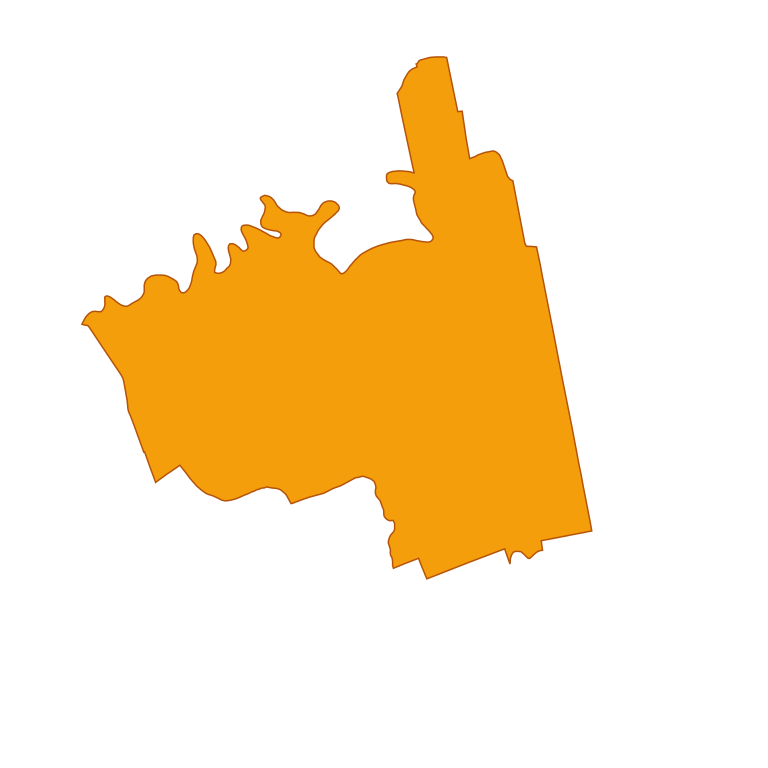 the district of Andrasesti, Ialomita, Romania, rotated 144°
{"feature_id": "2599482B59436484674817", "entity_name": "Andrasesti", "entity_type": "district", "adm_level": 2, "iso_a3": "ROU", "parent_name": "Romania", "parent_adm1": "Ialomita", "projection": "orthographic", "projection_center": [27.141, 44.59], "detail": "fine", "context": "isolated", "style": "filled", "palette": "amber", "viewbox_px": 768, "rotation_deg": 144, "n_neighbors": 0, "source": "geoboundaries", "source_scale": "gbopen_adm2", "svg_char_len": 6171}
<svg xmlns="http://www.w3.org/2000/svg" viewBox="0 0 768 768"><g transform="rotate(144 384 384)"><path d="M593.3,609.9L592.4,608.7L592.1,608.3L590.8,607.0L589.4,605.5L589.3,605.1L589.1,603.9L589.2,601.4L589.6,591.1L589.7,588.4L590.0,581.1L590.2,576.0L590.9,558.1L591.2,548.8L591.3,546.9L591.5,544.5L591.6,543.7L591.9,542.4L592.0,541.6L592.6,540.3L593.6,537.9L595.6,533.7L597.7,529.4L599.7,525.4L600.4,523.8L601.8,521.1L604.9,515.9L605.8,514.3L606.2,513.5L606.8,512.0L608.4,505.1L609.9,499.6L614.6,483.2L618.4,470.0L617.6,469.8L618.8,465.6L622.1,454.6L626.6,438.6L621.2,438.7L612.8,438.7L596.9,438.2L596.4,426.7L596.4,421.3L595.5,411.6L594.0,405.2L592.3,400.1L590.6,397.4L588.1,394.0L586.5,391.2L583.6,385.6L581.8,383.4L580.3,382.2L578.7,381.3L576.0,380.0L572.0,378.4L568.3,377.4L562.4,376.2L558.3,375.1L555.0,374.6L551.9,373.6L549.3,373.3L546.9,372.3L544.4,371.8L541.7,370.2L539.5,369.7L538.1,368.2L535.5,365.5L532.5,362.9L530.9,360.9L529.8,359.0L529.1,356.3L528.4,353.4L528.3,351.2L529.5,341.9L528.8,341.5L528.0,341.2L520.1,339.1L511.1,336.4L496.9,331.0L486.5,329.4L478.7,327.1L462.1,324.9L460.6,324.0L455.4,321.9L453.5,319.5L450.6,315.2L450.2,314.1L449.3,311.0L450.1,307.6L451.5,304.8L453.4,303.1L455.2,300.6L455.7,299.2L456.1,297.6L455.7,291.9L457.6,285.4L458.1,283.0L459.1,281.0L460.4,279.3L461.6,276.9L461.6,274.2L460.9,271.9L459.9,270.3L458.9,269.4L458.0,269.1L456.8,268.2L457.4,264.9L460.9,260.1L463.0,258.9L467.6,257.8L470.0,256.5L472.4,254.7L473.9,252.9L475.7,247.5L476.4,245.9L478.2,243.7L479.2,241.8L479.9,238.0L481.6,235.0L483.6,232.3L484.7,229.4L473.6,226.7L458.9,222.8L458.5,222.7L460.3,215.9L463.9,201.2L419.4,189.6L384.6,180.1L383.3,179.7L387.9,164.3L384.2,168.6L381.2,170.8L378.3,171.9L376.3,171.4L374.3,170.1L371.8,167.9L370.8,163.9L370.1,159.1L369.6,158.0L368.6,157.2L362.5,158.0L359.2,158.2L356.8,157.8L354.9,157.1L353.5,156.3L348.9,164.8L302.3,143.0L298.7,150.3L287.4,174.6L282.7,184.7L278.2,194.0L273.0,205.5L266.8,218.5L256.7,239.9L248.0,258.8L235.2,286.6L230.6,296.3L229.0,299.9L218.1,323.0L192.3,378.6L187.6,388.4L180.6,404.0L180.0,405.2L183.6,408.4L186.3,410.5L187.8,411.6L187.5,414.3L187.1,415.6L160.3,472.7L161.7,475.3L162.0,479.3L157.1,494.9L155.9,501.6L156.8,505.5L158.0,507.7L159.9,509.1L161.7,509.8L166.2,512.0L173.2,514.1L176.8,514.5L182.2,516.0L173.2,534.4L160.4,558.8L164.2,561.0L157.4,576.1L141.4,611.3L143.7,613.7L149.7,618.0L151.4,619.1L155.3,621.4L165.2,625.0L169.0,623.7L169.9,624.0L170.8,621.1L176.6,622.3L180.0,622.1L182.7,621.2L189.2,618.3L194.3,614.5L202.7,611.2L203.7,608.5L210.2,594.3L233.5,541.9L234.6,539.1L235.6,537.1L238.6,540.8L244.0,545.6L246.7,547.7L252.3,551.0L255.8,552.1L257.9,552.2L259.7,550.9L260.8,549.3L261.6,548.0L262.4,546.5L262.3,544.5L262.0,543.5L260.9,542.2L259.7,541.3L257.3,539.8L255.3,538.1L253.1,535.8L250.6,532.7L249.5,531.5L247.8,529.1L247.0,527.7L246.3,526.3L245.6,523.9L245.5,522.1L245.8,520.8L247.4,519.8L248.8,519.2L250.4,517.7L251.7,516.1L253.3,512.5L255.8,506.3L257.0,503.7L257.9,501.4L258.3,497.9L258.4,495.3L259.0,492.5L257.6,481.8L257.3,477.3L257.6,475.0L258.2,473.4L259.4,472.6L261.0,472.0L262.7,471.9L265.1,472.9L267.8,475.3L270.0,477.4L272.2,479.6L276.7,484.7L280.1,487.2L281.9,488.3L284.7,489.4L294.6,494.3L296.7,495.2L301.2,496.9L303.2,497.7L308.0,499.3L314.4,500.9L319.6,501.7L325.5,502.3L328.3,502.2L331.1,501.7L333.7,501.4L341.8,499.5L344.8,498.5L347.9,497.6L350.4,497.4L351.8,497.4L353.2,497.9L354.0,498.7L354.2,499.8L354.7,505.1L355.9,511.9L357.0,514.6L358.5,517.3L360.4,521.7L361.3,524.7L361.3,527.0L361.4,528.6L361.3,530.3L361.4,531.7L361.0,533.6L360.5,535.0L360.2,535.9L359.6,536.9L358.6,538.0L357.9,539.2L355.2,542.4L353.4,543.7L349.3,545.7L346.7,547.1L340.3,548.9L337.2,549.4L333.6,549.6L330.7,549.7L324.3,550.2L319.2,551.1L317.9,551.7L316.7,552.6L316.0,554.3L316.0,556.2L316.4,558.7L317.0,560.5L319.1,563.1L320.9,564.4L322.8,565.4L325.3,566.1L327.6,566.1L330.2,565.5L333.8,563.7L339.7,561.8L343.3,562.4L345.2,563.5L346.5,564.7L347.7,566.3L348.6,568.4L350.4,570.7L351.5,572.4L356.4,576.2L358.6,577.5L360.7,579.2L362.1,580.9L363.6,583.5L364.5,585.4L365.0,587.9L365.5,589.7L365.6,592.1L365.3,594.4L365.2,598.1L365.7,601.0L366.4,602.8L368.1,605.1L369.6,606.7L372.5,607.4L374.1,607.5L375.1,606.8L375.4,605.3L375.2,598.7L376.2,596.6L379.6,593.4L381.4,592.2L383.7,591.1L386.9,589.2L387.8,588.5L389.4,586.0L390.0,584.4L390.0,582.1L389.0,579.9L386.6,576.6L383.4,573.1L381.3,571.3L380.1,569.6L379.2,567.8L379.0,565.9L380.4,564.6L382.5,564.0L384.1,564.4L386.0,566.6L387.7,569.2L389.0,571.1L390.3,574.2L394.2,582.4L395.7,585.2L399.0,590.3L400.3,592.1L401.9,593.5L404.3,594.9L405.6,595.2L406.7,594.9L407.7,594.2L408.5,593.3L409.3,592.0L409.8,589.9L410.1,588.1L410.3,586.6L411.0,581.8L412.0,578.3L413.0,575.9L413.5,574.6L414.6,573.6L416.5,573.3L418.4,573.5L419.4,574.0L420.3,574.9L420.7,576.6L421.1,579.7L422.1,583.0L423.0,585.0L424.1,586.6L426.3,588.0L428.5,587.2L429.8,585.9L430.9,584.2L431.7,582.5L433.9,576.6L434.6,575.0L436.0,573.3L437.6,571.6L439.2,570.6L440.9,570.1L442.8,570.0L445.6,569.3L447.4,569.2L449.2,569.4L450.8,569.8L453.0,570.9L454.6,572.5L455.3,573.9L454.7,575.0L453.1,576.7L449.7,579.4L448.0,582.2L445.7,592.2L444.7,597.1L444.3,602.5L444.1,607.1L444.6,611.5L445.6,614.2L447.7,616.1L450.1,616.3L452.1,614.7L454.9,611.0L456.5,608.1L458.1,604.4L460.2,597.3L461.9,594.4L464.0,591.8L471.6,587.1L476.0,583.4L478.8,580.6L480.9,578.9L484.6,576.5L486.7,575.7L489.1,575.2L491.5,575.1L493.0,575.8L494.3,577.3L494.4,579.8L493.9,582.0L492.7,583.9L491.8,586.5L491.6,588.9L492.5,591.8L494.6,596.3L495.9,598.6L497.9,601.2L502.0,604.4L504.1,605.9L506.8,607.3L509.0,608.2L512.4,608.4L514.6,608.2L516.9,607.3L519.6,605.2L521.2,603.1L522.8,600.8L524.1,599.2L526.2,597.9L527.4,597.4L529.8,596.6L532.4,596.4L534.2,596.5L536.6,596.8L539.4,597.2L541.7,597.4L544.3,597.5L545.5,597.8L547.0,598.4L548.1,599.4L549.4,601.2L550.5,603.0L551.2,604.9L552.1,607.7L552.9,610.9L553.7,613.4L554.5,615.5L555.8,617.6L557.4,618.6L559.0,618.4L559.8,616.9L560.9,615.5L563.0,612.4L564.1,611.3L565.7,610.2L567.3,609.4L569.1,608.9L570.9,609.1L572.9,610.6L574.7,612.4L577.3,614.0L579.8,614.4L582.2,614.3L585.8,613.5L588.8,612.2L590.3,611.4L593.3,609.9Z" fill="#f59e0b" stroke="#b45309" stroke-width="1.5"/></g></svg>